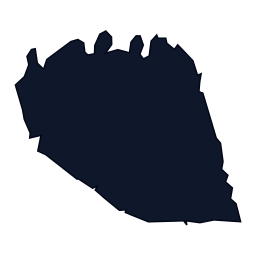 Wilson, Tennessee, United States of America (orthographic projection)
{"feature_id": "52423323B68514472010910", "entity_name": "Wilson", "entity_type": "district", "adm_level": 2, "iso_a3": "USA", "parent_name": "United States of America", "parent_adm1": "Tennessee", "projection": "orthographic", "projection_center": [-86.303, 36.156], "detail": "fine", "context": "isolated", "style": "filled", "palette": "ink", "viewbox_px": 256, "rotation_deg": 0, "n_neighbors": 0, "source": "geoboundaries", "source_scale": "gbopen_adm2", "svg_char_len": 972}
<svg xmlns="http://www.w3.org/2000/svg" viewBox="0 0 256 256"><path d="M240.6,221.7L236.0,203.7L230.5,198.8L232.4,187.9L225.5,181.9L227.9,175.3L221.6,169.3L223.0,161.6L220.5,143.2L216.2,138.0L202.8,93.1L198.9,91.7L199.7,82.2L201.1,73.7L197.5,75.3L192.9,60.7L177.7,44.8L174.4,49.4L166.8,43.2L165.8,38.2L157.9,38.2L156.7,35.0L151.1,41.2L149.2,55.9L143.4,58.9L139.9,54.2L143.3,45.1L140.1,35.9L136.1,35.9L131.0,42.1L129.5,52.8L117.8,49.7L105.5,53.2L111.7,44.4L111.5,37.0L105.8,31.0L99.8,34.2L94.8,45.4L94.5,53.8L87.8,55.0L84.8,52.1L83.7,42.9L77.8,39.5L70.8,41.6L46.8,59.5L43.6,69.2L37.3,63.1L35.2,48.7L31.5,49.5L27.0,56.4L28.8,64.7L24.4,76.6L15.4,85.0L22.5,109.4L24.3,119.4L30.2,133.0L29.7,138.0L41.0,135.3L37.8,151.0L45.7,154.6L77.0,179.1L78.6,179.0L92.6,188.2L97.5,186.1L95.2,190.0L104.6,198.2L119.4,210.3L125.7,209.8L125.3,212.5L148.4,221.8L183.7,220.8L186.8,225.0L186.2,220.8L199.9,222.7L213.9,219.9L240.6,221.7Z" fill="#0f172a" stroke="#020617" stroke-width="1.5"/></svg>